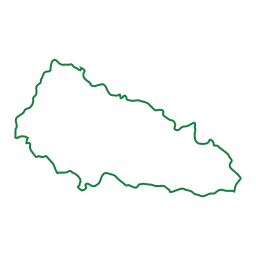 map outline of Transcarpathia (Equal Earth projection)
{"feature_id": "UKR-293", "entity_name": "Transcarpathia", "entity_type": "Region", "adm_level": 1, "iso_a3": "UKR", "parent_name": "Ukraine", "parent_adm1": "", "projection": "equal_earth", "projection_center": [23.378, 48.491], "detail": "fine", "context": "isolated", "style": "outline", "palette": "green", "viewbox_px": 256, "rotation_deg": 0, "n_neighbors": 0, "source": "natural_earth", "source_scale": "10m", "svg_char_len": 4543}
<svg xmlns="http://www.w3.org/2000/svg" viewBox="0 0 256 256"><path d="M15.4,137.7L15.5,129.4L16.5,127.5L16.8,125.7L15.8,121.1L16.0,118.8L17.4,116.9L23.3,112.9L23.8,112.0L24.8,110.2L25.5,109.4L26.6,108.8L29.0,108.1L30.0,107.5L31.5,105.9L32.6,103.8L33.2,101.4L33.1,98.9L33.4,97.4L34.1,96.6L34.9,96.1L35.7,95.1L36.3,93.8L36.5,93.0L36.4,89.1L36.2,88.2L36.3,87.3L36.9,85.9L37.0,85.7L37.7,84.9L39.9,83.4L40.7,82.3L40.9,81.6L40.9,80.2L41.0,79.6L42.1,77.6L44.1,72.8L45.7,71.8L49.1,71.3L50.5,70.3L50.5,68.4L50.9,65.8L51.5,63.2L52.2,61.3L54.1,59.8L55.9,60.2L59.2,63.3L61.4,64.6L63.4,64.8L65.3,64.6L68.5,64.8L70.5,64.3L71.5,64.4L72.4,65.1L74.0,67.1L75.0,67.4L76.6,68.1L78.6,69.6L80.4,70.2L81.4,68.4L81.2,68.0L82.9,68.8L84.5,70.5L84.6,71.4L83.7,72.9L83.5,73.8L83.4,74.2L83.4,75.2L83.4,75.6L83.6,76.9L83.9,77.6L84.4,78.2L86.7,80.5L89.8,82.7L90.3,83.4L90.6,83.9L90.8,84.3L90.9,84.7L91.4,85.4L91.7,85.6L92.2,85.9L92.9,86.1L94.3,86.1L95.1,86.1L95.7,85.9L96.5,85.6L100.1,84.6L102.6,84.2L103.3,84.4L103.9,84.7L104.8,85.5L105.6,86.4L107.6,90.8L109.3,93.5L109.9,94.0L110.5,94.6L111.3,95.0L112.2,95.2L116.3,95.6L117.5,95.5L118.3,95.3L119.2,94.6L119.6,94.5L119.9,94.5L120.2,95.1L120.2,95.5L120.3,96.8L120.3,97.2L120.4,97.5L120.5,97.7L120.7,97.9L120.8,98.0L121.3,98.0L122.0,97.8L122.4,97.5L123.8,95.9L124.1,95.7L124.6,95.6L125.1,95.7L125.9,96.5L126.3,97.0L126.4,97.5L126.4,98.1L126.4,98.6L126.6,98.9L126.8,99.3L127.0,99.6L127.7,99.9L128.8,100.2L131.3,100.7L133.1,100.8L137.8,100.3L138.7,100.3L140.9,101.1L144.6,102.0L148.0,103.4L153.6,109.0L155.2,110.2L156.0,110.3L156.7,110.4L158.0,110.0L159.0,109.8L160.1,109.8L161.3,109.9L162.3,110.2L162.7,110.5L163.1,110.9L163.3,111.9L163.3,112.5L163.1,113.5L163.1,114.0L163.1,114.5L163.2,114.9L163.5,115.4L164.1,116.0L169.1,119.5L169.9,119.9L170.6,120.1L171.8,120.3L172.2,120.4L172.6,120.6L173.3,121.1L173.6,121.3L174.0,121.8L174.4,122.4L175.0,123.6L175.2,124.3L175.3,125.0L175.1,125.9L175.0,126.3L174.8,126.7L174.6,127.6L174.5,128.1L174.5,128.5L174.6,128.9L174.9,129.3L175.4,129.7L176.4,130.1L177.1,130.2L177.7,130.2L178.5,129.9L179.3,129.5L179.6,129.2L181.0,127.8L182.9,126.7L186.9,126.2L188.6,125.5L193.0,123.1L193.4,122.9L193.9,122.9L194.4,122.9L194.7,123.2L195.0,123.6L195.1,124.4L195.1,125.0L194.9,126.0L194.9,126.7L194.9,127.5L195.0,128.0L195.2,128.8L195.4,129.6L195.4,130.1L195.3,130.5L195.2,131.0L195.1,131.4L194.6,134.3L194.6,135.3L194.7,136.6L195.3,140.1L195.5,140.6L195.8,141.1L196.4,141.8L197.5,142.7L198.2,143.2L198.8,143.5L201.5,143.9L203.9,143.9L205.9,143.6L206.7,143.4L207.1,143.2L207.8,142.7L208.4,142.2L208.9,141.5L209.1,141.1L209.6,140.0L209.9,139.7L210.2,139.6L210.6,139.7L210.9,139.9L211.5,140.4L212.6,141.1L213.0,141.6L213.3,142.3L213.6,143.7L213.7,144.5L213.9,145.1L214.1,145.4L214.5,145.5L216.8,145.6L217.4,145.8L218.0,146.2L218.8,147.0L219.7,147.8L221.5,149.0L227.3,153.6L227.7,154.0L228.0,154.4L229.7,157.2L231.5,159.8L231.7,160.2L231.7,160.7L231.5,161.5L231.0,162.4L230.5,163.0L230.1,163.7L229.9,164.2L229.8,164.6L229.7,165.1L229.8,165.7L229.9,166.4L230.4,167.5L230.8,168.1L231.3,168.8L237.5,174.1L240.6,177.8L240.6,178.2L240.5,178.8L235.9,184.8L235.4,186.1L234.5,190.2L234.3,191.5L233.6,191.2L231.8,190.8L226.7,190.9L221.6,189.8L219.9,189.9L217.8,190.8L214.3,193.5L209.9,193.6L203.8,196.2L201.9,196.2L196.6,194.4L196.4,194.5L194.8,194.2L191.6,191.5L189.8,190.8L185.3,189.7L183.8,188.8L181.0,188.7L171.9,191.9L170.0,191.9L169.4,190.1L164.7,186.4L163.2,185.8L157.0,186.1L154.9,185.8L151.2,184.7L145.4,184.1L143.7,183.7L140.3,184.2L139.3,184.4L138.4,185.2L138.0,185.9L137.5,186.6L137.0,187.1L136.7,187.3L136.4,187.5L134.5,187.6L128.7,185.1L128.4,185.1L128.1,185.1L127.4,185.4L126.7,185.4L126.1,185.3L125.4,185.1L123.4,183.1L119.1,179.9L115.4,176.1L113.9,175.1L107.6,173.3L105.6,173.0L103.7,173.8L101.9,176.1L99.9,181.5L98.7,183.5L94.9,186.1L93.4,186.3L92.0,185.9L90.6,185.2L89.2,184.3L87.6,183.7L86.2,183.8L85.4,185.1L86.2,187.5L85.4,189.0L83.8,190.0L82.0,190.5L78.7,188.2L77.9,186.8L79.5,185.1L79.7,183.3L80.3,182.2L80.6,181.1L80.0,178.9L79.0,177.3L77.9,176.0L75.2,173.8L72.0,172.3L71.7,171.7L70.2,170.9L68.7,171.3L67.1,172.1L65.5,172.6L59.0,172.6L57.8,173.2L57.6,173.1L57.1,172.7L55.6,169.9L54.3,166.3L53.2,163.9L46.5,156.4L46.2,156.2L45.8,156.1L45.4,156.2L43.7,156.9L42.3,157.0L40.9,156.8L39.1,156.2L38.7,156.1L38.4,156.2L38.0,156.3L37.3,156.8L36.6,157.0L35.9,156.8L35.4,156.3L31.0,150.5L30.0,148.1L30.0,146.5L30.2,145.2L30.2,144.1L29.5,143.1L28.9,143.0L26.4,143.2L26.5,141.3L27.8,137.8L24.6,136.5L21.6,136.2L18.6,137.1L17.7,138.0L15.4,137.7Z" fill="none" stroke="#15803d" stroke-width="2"/></svg>